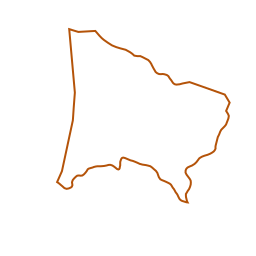 San Jose, Choluteca, Honduras (Equal Earth projection), rotated 111°
{"feature_id": "27666195B7253406385718", "entity_name": "San Jose", "entity_type": "district", "adm_level": 2, "iso_a3": "HND", "parent_name": "Honduras", "parent_adm1": "Choluteca", "projection": "equal_earth", "projection_center": [-87.408, 13.714], "detail": "fine", "context": "isolated", "style": "outline", "palette": "amber", "viewbox_px": 256, "rotation_deg": 111, "n_neighbors": 0, "source": "geoboundaries", "source_scale": "gbopen_adm2", "svg_char_len": 2439}
<svg xmlns="http://www.w3.org/2000/svg" viewBox="0 0 256 256"><g transform="rotate(111 128 128)"><path d="M203.9,174.8L204.3,173.0L204.8,171.5L205.4,169.9L205.9,168.4L206.9,165.8L206.8,163.5L205.6,161.6L204.0,160.0L202.9,159.4L201.3,159.4L200.0,160.1L199.1,160.7L198.0,160.9L196.3,160.9L194.3,160.2L192.1,159.2L190.7,158.3L189.9,156.8L189.5,155.1L188.7,153.6L187.0,152.5L185.0,151.7L182.9,151.1L181.0,150.8L180.0,150.1L178.9,148.7L177.5,146.8L176.7,146.0L175.5,144.3L174.6,142.7L173.9,140.7L172.9,138.5L172.0,136.7L170.7,134.6L169.8,133.4L169.2,132.5L168.7,131.1L168.6,129.2L169.0,127.3L169.6,125.3L170.2,123.6L170.2,122.2L169.5,121.5L168.5,121.4L167.1,121.7L165.6,121.9L164.1,122.5L162.4,123.1L160.8,123.2L159.3,123.2L158.4,123.0L157.7,122.4L157.3,121.7L157.1,120.0L157.2,117.1L157.3,114.1L157.0,111.7L157.0,109.5L157.1,106.6L157.3,104.0L157.2,103.6L157.0,101.4L156.2,97.9L155.9,95.6L155.7,93.4L156.3,91.2L157.2,88.9L158.0,86.6L159.4,84.5L161.2,83.0L162.9,81.5L164.3,79.4L164.5,77.5L164.5,75.5L164.6,73.3L164.8,70.8L165.0,69.1L165.5,67.6L166.4,66.4L167.3,65.3L167.7,64.8L168.4,63.5L169.5,62.1L170.9,60.5L172.0,58.7L172.6,57.9L173.5,57.0L174.9,55.5L175.9,54.3L176.5,52.8L176.7,51.3L176.6,50.2L176.5,48.5L176.4,46.9L176.1,45.7L175.3,46.6L174.3,47.3L173.0,48.2L171.7,49.1L170.2,49.8L168.8,50.3L167.4,50.0L165.4,49.7L163.1,49.1L160.7,49.0L158.3,49.2L156.4,49.8L156.1,49.9L154.6,50.7L153.4,52.1L152.2,54.0L150.5,56.7L149.0,58.3L146.9,59.0L145.1,58.9L143.5,58.2L141.8,56.6L140.0,54.7L138.6,53.7L137.9,53.1L135.4,51.9L133.0,51.2L130.8,50.6L129.4,49.6L128.1,48.5L126.4,46.6L124.5,44.1L122.6,42.1L120.9,40.7L119.1,39.5L117.4,39.0L115.9,38.9L114.2,39.6L112.8,39.9L104.3,40.9L101.5,40.6L98.3,40.6L96.2,40.3L93.9,39.3L91.6,38.3L90.0,37.8L89.5,37.7L86.4,37.7L83.1,37.7L80.6,38.2L79.1,39.6L76.9,42.5L67.9,42.2L62.1,49.6L62.9,80.3L63.1,87.0L66.8,92.9L68.7,95.5L70.2,98.5L70.4,100.2L70.1,101.3L69.7,102.3L68.6,103.8L67.7,105.1L66.8,106.7L65.1,108.9L64.6,110.8L64.8,113.5L65.2,115.1L65.9,116.5L66.5,118.3L66.4,120.4L65.8,122.3L64.4,124.0L63.3,125.4L61.9,127.0L60.4,128.7L60.1,128.9L58.5,131.0L57.3,133.4L57.0,136.4L56.6,139.9L56.5,142.0L56.5,142.4L57.5,144.8L58.2,148.1L57.6,149.5L57.1,150.9L56.5,153.2L55.8,158.2L56.4,163.7L56.7,168.0L56.6,172.5L55.6,177.4L54.4,182.1L53.5,184.7L52.1,187.7L49.1,193.3L56.1,208.8L56.8,218.3L114.0,190.3L128.7,185.9L138.7,182.8L140.8,182.2L192.0,174.2L203.9,174.8Z" fill="none" stroke="#b45309" stroke-width="2"/></g></svg>